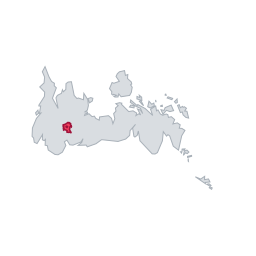 United Kingdom, with Leicestershire highlighted, rotated 112°
{"feature_id": "GBR-2054", "entity_name": "Leicestershire", "entity_type": "Kingdom", "adm_level": 1, "iso_a3": "GBR", "parent_name": "United Kingdom", "parent_adm1": "", "projection": "mercator", "projection_center": [-1.072, 52.67], "detail": "fine", "context": "in_parent", "style": "filled", "palette": "rose", "viewbox_px": 256, "rotation_deg": 112, "n_neighbors": 0, "source": "natural_earth", "source_scale": "10m", "svg_char_len": 4906}
<svg xmlns="http://www.w3.org/2000/svg" viewBox="0 0 256 256"><g transform="rotate(112 128 128)"><path d="M136.1,200.1L127.0,206.1L124.2,205.7L120.8,202.7L117.1,203.1L118.6,201.5L115.5,200.1L110.1,202.1L107.8,200.7L106.3,197.8L118.0,190.1L119.8,186.4L118.8,185.3L118.5,179.9L112.4,181.9L116.8,175.9L122.1,173.1L126.7,172.4L129.1,173.9L128.4,171.6L129.4,171.0L131.0,173.1L132.7,173.0L129.4,169.5L130.9,165.6L129.6,163.6L131.2,161.5L131.5,157.6L128.4,158.5L123.9,150.7L125.2,146.9L129.7,143.6L124.3,143.7L120.0,146.7L116.9,145.5L114.2,147.1L111.0,145.5L110.0,148.4L107.7,145.3L107.3,143.0L108.5,142.9L112.5,133.5L110.2,129.8L110.9,125.5L113.5,125.3L110.7,123.2L111.2,121.2L106.8,126.3L106.8,122.9L109.1,119.8L105.1,123.8L105.0,128.5L103.3,135.5L101.0,136.0L103.8,127.9L102.6,127.7L103.5,119.4L107.1,109.8L102.2,114.1L97.2,110.6L101.4,108.0L100.0,107.0L102.9,103.2L103.2,100.6L100.7,97.8L100.7,96.1L103.0,94.5L101.3,92.1L102.7,87.9L107.4,87.9L104.8,84.2L105.5,80.8L109.0,80.4L108.2,77.9L108.9,74.3L115.1,75.3L129.6,72.9L127.9,79.2L119.7,86.4L119.2,88.5L121.1,89.2L118.2,93.9L127.0,91.3L139.8,91.5L142.0,93.2L142.9,95.9L135.4,112.1L126.9,117.3L131.3,116.7L133.8,118.2L133.5,119.4L126.3,123.7L121.8,122.4L129.6,125.1L134.3,123.7L139.1,126.0L144.2,132.2L148.7,148.1L154.6,151.8L160.7,158.7L159.5,160.4L162.8,167.8L158.8,165.5L154.7,165.7L158.5,166.3L164.5,172.6L165.4,175.7L162.1,180.1L164.6,181.8L167.5,179.1L175.0,179.8L179.0,182.8L179.9,185.8L178.3,193.7L174.6,196.2L175.0,198.4L169.5,200.3L171.1,201.0L171.0,203.0L166.1,204.8L176.5,206.5L176.3,209.6L172.6,211.8L171.7,213.8L163.8,216.6L153.4,216.5L146.7,214.3L147.6,215.6L140.3,217.2L141.0,218.8L140.2,219.2L130.1,217.3L125.9,218.7L123.0,225.2L117.6,222.7L112.0,224.4L107.9,228.5L102.2,227.9L110.2,220.4L113.5,216.3L114.1,213.0L116.5,212.2L117.6,209.5L128.7,209.2L136.1,200.1ZM98.4,159.9L91.8,159.8L91.8,157.9L88.0,153.5L84.7,158.4L81.7,158.2L79.1,157.0L76.1,152.7L80.2,150.1L78.5,148.2L82.3,147.0L84.1,142.2L85.8,141.0L87.0,141.8L88.6,139.4L93.6,138.3L97.2,138.7L101.6,146.1L99.9,149.3L103.0,148.9L104.2,151.8L104.0,152.9L102.0,150.9L102.2,154.0L103.2,154.2L102.7,155.9L100.4,156.6L98.4,159.9ZM96.5,78.3L95.2,81.8L92.8,83.7L94.1,85.2L88.5,90.5L87.2,89.3L89.6,87.1L87.5,85.5L88.2,84.6L87.2,83.7L87.8,81.2L91.0,81.8L90.4,79.6L96.1,75.5L96.5,78.3ZM97.1,95.3L97.2,99.0L102.1,100.7L98.7,104.3L98.2,101.2L95.2,101.2L90.6,96.6L94.8,92.2L97.1,95.3ZM147.3,31.8L149.5,35.9L150.6,35.4L148.0,47.3L148.1,41.5L144.1,38.8L147.2,37.7L145.1,34.3L147.3,31.8ZM100.9,117.7L95.3,118.6L97.1,114.9L95.2,113.4L97.5,111.9L101.1,114.9L100.9,117.7ZM116.3,171.2L119.1,173.1L115.7,176.1L113.8,173.9L113.6,171.7L116.3,171.2ZM97.2,125.5L97.7,130.6L95.4,131.5L95.4,128.3L93.4,129.8L94.3,126.9L97.2,125.5ZM129.6,63.5L129.4,65.4L132.6,66.4L128.4,67.1L126.4,65.1L127.5,62.5L129.6,63.5ZM108.0,134.5L105.6,133.9L105.2,130.4L107.1,130.0L108.0,134.5ZM150.4,217.8L148.5,219.4L145.2,218.2L147.8,216.4L150.4,217.8ZM98.9,127.6L97.8,126.2L101.5,121.9L100.7,124.1L98.9,127.6ZM85.9,91.8L87.1,92.9L86.2,94.8L82.7,93.4L85.9,91.8ZM85.5,102.9L84.1,102.6L83.8,97.7L85.3,97.9L85.5,102.9ZM150.7,33.9L149.4,32.0L150.1,29.5L151.2,30.2L150.7,33.9ZM133.0,61.7L132.0,62.2L129.6,58.8L130.4,58.4L133.0,61.7ZM128.4,69.7L127.2,69.9L126.0,67.3L127.3,67.4L128.4,69.7ZM153.5,27.5L153.0,30.3L151.9,30.0L152.0,27.5L153.5,27.5ZM136.1,59.9L133.7,60.8L136.3,59.4L136.1,59.9ZM95.7,105.8L95.0,106.0L94.0,104.8L95.2,104.2L95.7,105.8ZM131.2,69.0L130.4,70.4L129.7,69.1L131.2,69.0ZM93.0,112.3L91.6,112.9L93.5,111.6L93.0,112.3ZM83.7,105.8L82.8,106.1L82.4,105.7L83.3,104.8L83.7,105.8Z" fill="#d9dde1" stroke="#a8b0b8" stroke-width="1"/><path d="M153.6,179.2L153.6,179.5L153.8,179.6L153.6,180.3L153.7,180.5L154.0,180.8L154.2,181.1L154.4,181.7L154.5,181.8L154.6,182.5L154.8,182.9L154.5,183.1L154.0,183.4L153.4,183.4L153.2,183.5L153.2,183.9L153.2,184.2L153.2,184.5L153.2,185.1L153.2,185.5L153.4,186.0L153.6,186.6L153.8,186.9L154.0,187.0L153.9,187.1L153.6,187.2L153.3,187.0L152.9,187.1L152.6,187.0L152.2,187.6L152.5,187.8L152.3,188.1L152.2,188.1L151.8,187.8L151.5,187.8L150.8,188.1L150.7,188.2L150.8,188.3L150.6,188.8L150.1,188.5L149.7,188.8L149.5,189.3L149.2,189.2L148.9,188.6L148.6,188.4L148.0,187.5L147.0,186.9L146.9,186.7L146.7,186.5L145.9,186.2L145.7,185.9L145.4,185.8L145.4,185.4L145.2,185.1L145.5,184.9L145.5,184.7L145.0,184.1L145.5,183.6L145.5,183.4L145.4,183.1L145.4,182.9L145.5,182.8L146.1,182.9L146.3,182.8L146.4,182.7L146.6,182.2L147.0,182.1L147.0,181.8L147.3,181.5L147.2,181.4L147.6,181.1L148.0,180.9L148.4,180.9L148.3,181.6L148.4,182.0L148.7,182.3L149.1,182.4L149.4,182.2L149.7,182.1L150.1,181.8L150.4,181.8L150.6,181.9L151.3,181.8L151.4,181.7L151.7,181.4L151.9,181.1L151.9,180.9L152.2,180.8L152.7,180.3L153.0,179.7L153.3,179.2L153.6,179.2ZM149.8,186.0L150.4,185.5L150.5,185.0L150.4,184.6L149.9,184.5L149.4,184.5L149.2,184.8L149.2,185.1L149.4,185.9L149.8,186.0Z" fill="#f43f5e" stroke="#9f1239" stroke-width="1.5"/></g></svg>